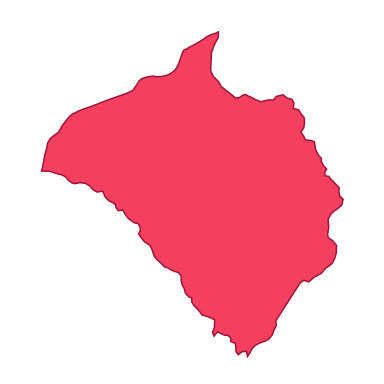 Chiapetta, Rio Grande do Sul, Brazil (orthographic projection), rotated 183°
{"feature_id": "56859067B47981400926540", "entity_name": "Chiapetta", "entity_type": "district", "adm_level": 2, "iso_a3": "BRA", "parent_name": "Brazil", "parent_adm1": "Rio Grande do Sul", "projection": "orthographic", "projection_center": [-53.907, -27.983], "detail": "fine", "context": "isolated", "style": "filled", "palette": "rose", "viewbox_px": 384, "rotation_deg": 183, "n_neighbors": 0, "source": "geoboundaries", "source_scale": "gbopen_adm2", "svg_char_len": 2480}
<svg xmlns="http://www.w3.org/2000/svg" viewBox="0 0 384 384"><g transform="rotate(183 192 192)"><path d="M174.0,353.3L176.9,351.7L181.4,350.0L185.1,348.0L188.4,345.3L194.1,341.3L201.3,336.9L207.8,333.0L209.2,329.4L210.6,324.4L212.6,317.9L215.2,313.0L218.8,309.7L223.3,307.2L227.7,305.9L232.5,305.3L237.7,305.7L242.8,304.5L248.1,302.6L250.7,300.1L252.7,296.2L256.5,290.3L262.2,287.2L268.0,284.8L273.2,282.6L278.3,280.6L284.7,277.8L292.1,274.4L296.2,272.6L304.5,269.2L308.8,267.3L315.2,263.8L317.8,261.6L321.1,257.3L324.9,251.7L328.3,244.9L332.9,241.1L336.5,237.8L338.7,233.4L339.5,227.7L340.8,222.1L341.6,216.8L342.3,210.0L343.3,205.0L338.7,205.2L334.5,205.1L330.1,203.9L326.5,202.9L322.9,202.3L319.0,200.5L316.1,197.2L311.9,194.5L308.6,194.3L304.5,195.5L298.8,195.0L294.3,192.6L291.0,189.2L286.9,187.0L281.2,188.1L278.4,182.4L274.5,178.8L270.8,177.3L267.9,175.5L266.9,172.2L264.7,169.5L260.1,170.4L257.7,166.4L254.5,162.6L251.4,160.3L247.5,158.1L244.3,157.6L242.1,154.7L241.7,150.9L243.1,147.4L240.4,143.7L236.8,139.7L231.2,136.6L228.5,131.6L226.4,126.0L223.9,123.0L220.0,120.0L215.7,115.8L212.2,114.9L209.3,113.3L205.5,111.9L201.3,110.8L198.5,107.9L198.1,102.7L196.9,98.7L194.5,94.8L193.4,90.8L189.6,87.1L186.7,86.0L186.5,82.1L183.8,78.3L179.4,74.4L175.6,69.8L171.8,68.9L167.3,67.5L162.7,65.6L162.5,58.2L164.2,52.7L162.4,49.2L159.4,53.6L155.4,52.1L152.0,50.7L148.7,50.7L145.7,48.4L145.5,44.8L140.8,43.0L140.1,39.2L139.7,34.9L137.3,31.9L133.5,35.2L129.2,35.6L128.0,30.7L125.8,34.2L124.1,38.2L121.2,41.8L118.4,43.6L115.1,45.4L110.7,47.1L107.4,49.4L104.3,53.7L102.9,58.6L100.8,62.9L101.5,67.9L79.4,106.6L75.7,109.7L70.7,108.3L67.6,111.4L65.1,113.7L62.1,115.4L58.3,117.8L54.6,122.8L51.2,125.3L48.1,128.2L45.9,133.5L44.7,138.8L44.8,146.1L49.0,150.7L53.4,153.4L54.4,156.7L53.6,163.7L54.6,172.2L51.7,177.7L49.0,180.4L44.8,183.7L41.7,187.0L40.7,192.6L44.1,195.5L45.3,199.8L45.3,204.1L49.6,208.0L53.5,211.7L56.3,214.8L59.8,215.1L60.6,218.6L58.7,221.9L62.0,225.2L64.2,228.9L64.9,232.8L67.4,234.9L69.1,238.0L70.9,241.1L71.5,244.6L72.4,248.6L77.0,249.8L81.4,249.9L83.4,253.6L86.3,257.5L83.8,261.8L83.2,266.7L83.8,272.0L86.8,275.3L89.9,279.7L95.3,280.7L94.8,286.0L97.0,289.7L102.1,290.9L106.2,293.8L112.8,291.9L115.7,288.0L120.4,288.0L128.1,285.7L133.7,287.7L136.9,289.4L140.1,290.3L143.0,292.1L146.1,291.5L150.0,288.6L153.5,288.3L168.5,299.0L171.0,303.3L176.6,308.4L179.7,314.0L179.9,332.0L177.5,340.0L173.8,347.9L174.0,353.3Z" fill="#f43f5e" stroke="#9f1239" stroke-width="1.5"/></g></svg>